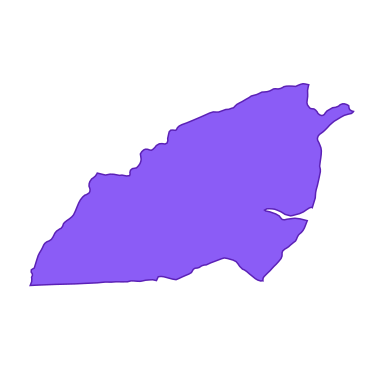 Komo, Estuaire, Gabon, rotated 197°
{"feature_id": "22940354B49823101443356", "entity_name": "Komo", "entity_type": "district", "adm_level": 2, "iso_a3": "GAB", "parent_name": "Gabon", "parent_adm1": "Estuaire", "projection": "albers", "projection_center": [10.284, 0.218], "detail": "fine", "context": "isolated", "style": "filled", "palette": "violet", "viewbox_px": 384, "rotation_deg": 197, "n_neighbors": 0, "source": "geoboundaries", "source_scale": "gbopen_adm2", "svg_char_len": 3915}
<svg xmlns="http://www.w3.org/2000/svg" viewBox="0 0 384 384"><g transform="rotate(197 192 192)"><path d="M288.1,182.4L288.1,182.2L289.0,179.1L290.4,176.9L291.8,175.1L292.7,172.2L292.8,170.0L292.2,167.5L290.8,165.6L290.1,164.3L289.8,162.4L290.2,160.9L292.2,158.6L293.6,157.6L295.1,155.2L296.4,151.9L297.1,148.5L297.5,144.7L298.0,139.4L298.6,135.5L299.6,133.2L301.3,130.6L303.3,128.1L304.8,125.9L305.6,124.2L305.7,121.4L306.5,119.1L307.6,118.1L310.1,115.0L311.1,112.5L311.4,110.5L311.8,108.2L312.6,105.6L314.2,103.6L316.3,101.9L317.7,99.9L318.3,98.1L318.7,95.0L319.2,92.3L320.0,89.3L320.5,86.3L320.6,81.7L320.6,73.2L321.9,71.8L322.9,70.6L322.4,68.4L320.8,67.1L320.2,65.5L320.5,63.6L319.8,62.1L319.1,59.3L319.4,55.3L313.1,57.6L295.4,63.8L276.8,70.0L268.8,72.9L255.9,77.5L248.7,80.5L242.6,82.3L238.5,83.9L232.1,85.8L227.4,87.3L224.3,89.2L221.8,89.9L218.5,90.6L215.5,91.4L213.7,92.3L210.5,94.1L206.7,95.6L203.9,96.6L200.1,96.9L199.5,101.1L196.9,102.2L194.2,102.7L185.2,103.0L181.6,103.5L179.1,105.6L176.8,107.7L173.2,110.8L171.0,112.6L169.0,114.8L168.6,116.5L168.1,118.5L166.8,120.0L164.6,120.9L163.0,122.0L161.2,124.2L159.2,125.6L157.0,126.5L153.3,129.8L144.1,136.9L141.8,138.4L138.4,138.8L132.8,138.9L129.4,138.3L127.1,136.8L124.6,134.8L121.2,133.0L119.1,132.8L116.3,131.9L113.2,130.5L110.7,129.5L106.0,127.6L103.3,127.0L100.3,127.0L98.5,127.8L98.2,127.8L98.6,129.1L98.8,130.6L98.4,132.1L96.1,136.5L94.3,139.7L93.0,142.5L91.8,145.0L90.4,147.5L88.8,150.9L87.4,154.4L87.2,157.0L87.6,158.6L88.1,160.2L88.0,162.2L86.5,164.6L84.9,166.3L83.6,167.9L82.4,170.0L80.2,173.3L78.7,175.4L78.3,177.2L78.1,179.6L77.6,182.0L76.8,183.5L75.6,185.3L74.6,187.7L74.0,190.4L73.8,192.7L73.4,198.3L80.9,197.9L85.9,197.0L88.0,196.1L91.1,194.7L93.1,193.8L95.5,192.4L97.7,192.1L99.3,193.0L101.6,194.6L105.4,195.5L111.9,195.8L116.0,195.4L117.3,195.9L115.5,197.8L113.2,198.6L110.3,199.3L108.0,199.7L105.7,199.6L102.8,199.3L100.7,199.0L96.5,197.8L93.6,197.9L90.7,198.0L88.8,199.0L85.8,200.9L82.9,202.7L79.6,205.6L76.9,209.0L74.9,211.3L73.0,212.4L72.4,212.2L72.4,219.7L72.4,222.4L72.9,224.5L73.6,227.6L73.9,230.5L74.0,234.8L74.5,241.6L75.2,248.9L75.9,251.2L77.5,254.0L78.3,258.7L78.8,262.1L79.4,265.5L80.3,269.1L81.6,271.9L83.2,274.0L85.0,276.2L87.0,278.2L87.8,280.1L87.7,282.5L86.8,284.5L85.5,286.2L84.1,288.1L82.7,290.5L81.3,293.2L79.9,296.2L78.0,299.3L76.6,301.4L74.5,303.7L71.4,307.2L68.8,309.8L65.2,312.2L62.5,313.7L61.4,315.3L61.1,316.3L63.0,316.2L65.3,316.9L66.4,318.3L67.4,320.4L69.6,320.9L72.0,320.9L73.9,320.3L75.8,318.8L77.0,316.9L79.4,315.0L82.2,313.7L83.7,312.1L86.6,309.0L87.7,306.5L88.1,304.9L89.2,303.6L90.5,303.0L92.3,303.1L94.0,303.7L94.9,304.3L95.7,305.2L97.8,306.5L99.7,307.1L101.5,306.7L103.3,306.5L104.7,307.3L107.0,309.0L108.2,311.0L108.6,312.9L109.3,317.1L109.9,319.1L111.2,322.9L111.6,326.3L111.7,328.7L115.3,328.4L117.5,328.0L119.5,326.8L121.7,325.1L123.7,323.3L126.9,322.6L130.2,321.7L132.7,320.8L134.9,319.6L136.0,318.3L137.6,316.9L139.8,315.7L142.6,315.1L144.3,314.3L145.4,313.1L147.4,311.2L149.5,309.9L152.1,308.8L154.3,308.0L157.0,305.5L158.9,303.9L160.9,302.7L163.4,301.1L165.1,298.9L167.5,296.4L170.6,293.0L172.4,291.3L174.7,288.9L175.9,286.8L176.9,284.7L178.7,283.6L181.1,281.8L183.8,280.8L187.8,277.8L190.0,276.2L192.3,275.5L195.1,274.8L198.2,272.7L205.2,266.6L209.1,263.3L212.2,260.7L217.3,256.5L221.2,253.6L223.5,251.4L224.7,249.3L225.1,247.0L225.9,246.1L228.6,245.6L230.4,244.9L231.4,243.0L231.3,240.7L230.9,236.1L230.1,233.9L230.2,231.5L231.8,230.0L234.9,229.5L237.4,228.5L239.7,226.0L240.5,223.8L241.7,221.6L243.1,220.0L244.7,219.8L246.9,219.9L249.1,219.3L250.5,218.1L251.8,215.9L252.5,213.3L251.1,210.4L250.2,208.4L249.9,206.6L250.0,204.1L250.8,201.5L252.1,198.9L253.7,198.0L255.9,196.9L257.2,194.8L257.1,192.6L256.4,191.0L256.5,189.4L259.2,188.2L263.9,187.7L266.2,186.7L271.9,186.1L275.6,185.1L277.5,184.1L279.7,182.9L284.9,182.6L288.1,182.4Z" fill="#8b5cf6" stroke="#5b21b6" stroke-width="1.5"/></g></svg>